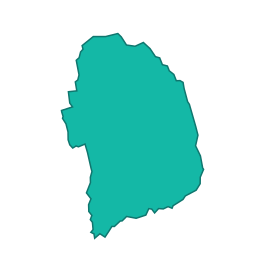 outline of Florida, Puerto Rico, rotated 343°
{"feature_id": "32010507B91189931708887", "entity_name": "Florida", "entity_type": "district", "adm_level": 2, "iso_a3": "PRI", "parent_name": "Puerto Rico", "parent_adm1": "", "projection": "natural_earth1", "projection_center": [-66.565, 18.375], "detail": "fine", "context": "isolated", "style": "filled", "palette": "teal", "viewbox_px": 256, "rotation_deg": 343, "n_neighbors": 0, "source": "geoboundaries", "source_scale": "gbopen_adm2", "svg_char_len": 1176}
<svg xmlns="http://www.w3.org/2000/svg" viewBox="0 0 256 256"><g transform="rotate(343 128 128)"><path d="M188.2,189.6L187.7,188.2L189.1,175.8L187.4,164.8L192.8,155.3L193.2,146.4L193.6,123.3L192.7,120.3L193.2,106.6L194.0,100.5L191.6,97.9L188.0,96.9L187.5,90.2L184.2,85.4L183.8,80.2L179.4,77.5L178.8,70.2L175.1,67.8L172.3,58.6L167.7,50.7L158.7,51.9L150.8,48.2L148.2,38.9L145.9,34.7L133.3,34.0L121.5,30.4L108.2,35.8L108.0,39.5L104.9,41.4L101.8,46.5L98.3,48.1L96.7,62.9L94.0,67.4L91.1,68.5L89.9,77.5L81.6,75.9L79.6,87.1L81.1,91.6L69.5,91.8L69.3,93.3L69.3,98.0L68.2,99.6L69.9,105.9L69.5,114.2L67.3,121.8L67.4,127.1L69.3,131.0L73.1,130.0L75.1,131.5L82.2,130.8L82.1,139.6L80.9,155.7L80.8,159.1L77.6,164.1L76.1,169.3L69.3,177.9L71.9,184.9L67.9,189.8L66.1,196.4L67.9,201.0L65.2,204.6L66.4,207.8L64.9,214.9L62.0,216.9L64.5,219.3L63.9,223.7L70.2,220.9L74.1,225.6L79.8,220.9L83.8,217.4L86.2,218.2L93.3,214.7L95.3,215.1L100.8,212.2L109.4,216.7L119.6,216.5L124.3,211.2L127.0,212.5L128.6,217.0L133.7,214.0L138.1,215.7L143.3,214.9L146.7,217.6L148.4,215.5L159.7,212.4L163.0,209.7L175.0,207.4L180.7,202.4L182.7,196.2L188.2,189.6Z" fill="#14b8a6" stroke="#0f766e" stroke-width="1.5"/></g></svg>